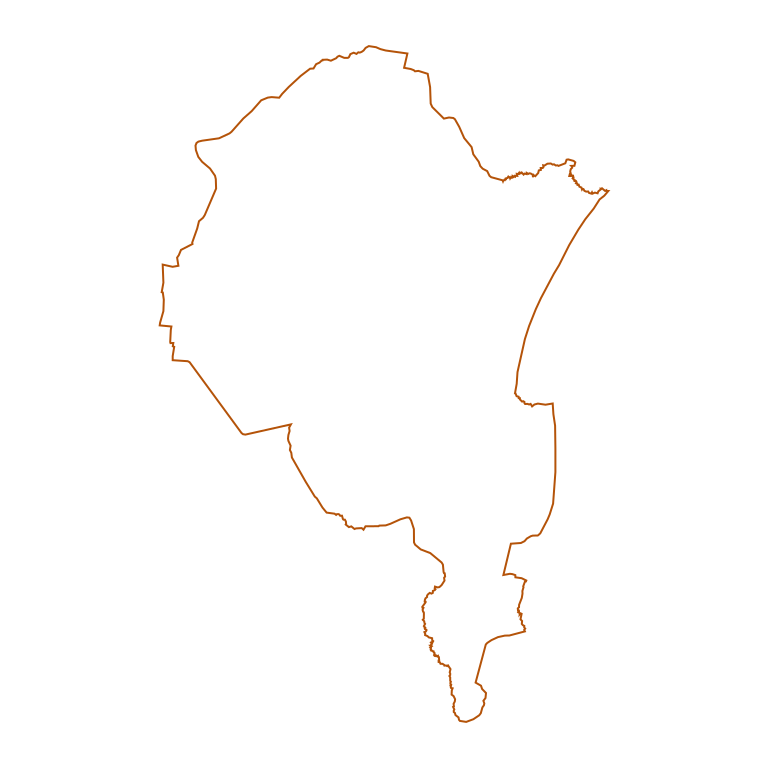 Tha Tako, Nakhon Sawan, Thailand
{"feature_id": "78962969B77286306001926", "entity_name": "Tha Tako", "entity_type": "district", "adm_level": 2, "iso_a3": "THA", "parent_name": "Thailand", "parent_adm1": "Nakhon Sawan", "projection": "natural_earth1", "projection_center": [100.504, 15.619], "detail": "fine", "context": "isolated", "style": "outline", "palette": "amber", "viewbox_px": 768, "rotation_deg": 0, "n_neighbors": 0, "source": "geoboundaries", "source_scale": "gbopen_adm2", "svg_char_len": 6086}
<svg xmlns="http://www.w3.org/2000/svg" viewBox="0 0 768 768"><path d="M162.7,264.6L163.4,282.7L161.7,292.2L162.8,292.5L163.8,299.7L163.4,311.1L160.1,322.7L159.7,325.4L171.4,326.5L170.8,329.9L170.2,342.1L170.5,343.1L173.3,343.0L172.8,346.3L174.2,346.8L172.7,356.1L172.7,360.2L187.7,361.2L189.6,362.2L241.5,433.0L243.0,434.2L245.4,434.6L290.9,424.4L289.1,427.7L289.6,431.0L288.4,435.0L288.0,438.7L288.4,440.9L290.6,445.7L289.9,450.0L291.3,452.8L291.9,457.5L305.7,481.8L314.8,496.6L316.8,498.3L322.5,507.6L326.6,512.6L334.6,513.7L336.1,514.9L336.8,514.2L338.4,514.1L339.3,514.5L340.2,515.8L342.0,515.7L342.9,519.0L343.5,519.7L344.9,519.7L345.9,521.5L346.1,523.7L345.7,524.5L348.9,527.1L351.3,526.4L354.5,529.0L356.1,528.4L361.7,528.1L363.5,529.7L365.5,526.3L378.6,526.2L379.3,525.6L385.7,525.4L390.4,523.8L400.4,519.3L406.9,517.4L409.4,517.7L411.1,520.5L413.9,529.1L414.0,542.4L415.1,544.7L420.7,549.4L430.3,553.1L441.6,562.5L442.9,564.6L443.6,572.0L444.0,573.1L444.7,573.3L445.1,576.5L444.1,577.8L444.5,580.6L441.6,585.1L439.4,587.1L437.5,587.4L435.0,586.6L434.7,588.4L435.5,589.2L434.8,590.1L432.9,590.9L432.8,592.9L431.5,593.6L429.7,592.9L427.7,594.6L427.0,595.9L427.1,597.0L425.5,598.3L424.9,599.8L424.7,601.5L425.6,601.7L425.6,602.3L422.3,606.8L422.4,607.6L423.4,607.9L422.6,609.8L423.1,611.7L423.8,612.3L423.9,613.9L423.8,618.7L422.8,619.8L424.2,621.2L424.5,623.1L425.1,623.9L423.9,626.1L425.1,627.5L424.6,627.8L424.9,629.0L426.4,629.7L426.5,630.3L425.8,631.5L424.4,632.1L425.2,633.7L425.1,635.1L427.5,636.1L428.8,637.4L432.1,638.2L432.2,640.2L433.2,641.1L432.6,642.2L432.1,641.9L430.9,642.5L431.9,643.9L431.0,644.8L431.6,645.8L430.4,645.8L431.2,646.7L431.0,647.6L430.4,647.7L430.9,648.4L430.7,649.5L431.2,649.7L431.1,650.5L433.6,651.4L433.5,652.0L434.6,653.1L434.3,654.1L434.7,654.4L434.1,655.2L434.6,655.9L435.7,656.1L436.4,655.6L437.1,656.3L438.0,655.8L438.3,657.0L438.9,657.2L439.2,660.7L438.6,660.7L438.6,662.0L439.8,662.3L440.5,663.8L442.5,663.8L444.2,664.9L444.4,665.6L446.1,665.5L447.1,666.1L448.0,665.4L450.5,669.1L449.7,672.4L450.2,673.4L450.2,675.0L449.4,676.0L450.2,677.3L450.2,680.8L450.9,681.8L450.3,683.0L450.5,684.1L451.1,684.5L450.5,685.5L451.0,685.8L450.7,687.0L451.1,688.0L452.6,688.3L451.8,690.4L451.6,694.6L453.6,696.1L455.1,699.2L454.8,701.5L453.6,703.8L453.9,706.4L453.1,706.9L454.3,709.4L453.7,710.8L453.8,712.1L454.9,712.9L455.5,715.1L458.5,717.4L459.0,719.8L459.9,720.9L466.2,721.9L473.4,719.2L479.2,715.3L480.8,713.2L482.4,707.4L483.9,705.3L484.3,703.4L483.4,700.8L485.5,698.0L486.0,693.0L482.1,689.0L481.0,685.7L475.6,682.6L485.8,644.5L487.3,642.9L491.5,640.1L498.0,637.1L504.9,635.6L509.4,635.5L524.9,631.4L524.2,629.9L525.2,628.6L524.2,627.4L524.3,625.9L522.9,625.2L521.8,623.9L522.1,621.0L520.5,619.3L521.6,613.8L520.5,613.3L519.7,614.3L519.8,613.1L518.4,612.4L519.0,611.8L519.0,610.8L518.7,610.3L518.0,610.5L517.8,608.4L519.0,607.3L519.1,604.8L521.8,597.9L522.5,593.6L522.4,591.0L523.5,587.2L523.2,586.4L524.9,581.7L525.9,581.5L526.3,580.5L521.6,578.2L515.4,577.3L515.3,575.1L512.3,574.1L509.9,573.8L503.4,575.0L510.9,543.7L520.9,543.0L524.5,541.2L526.9,538.5L530.8,536.2L532.8,535.6L537.8,535.5L538.7,534.8L540.3,533.3L547.7,519.2L549.7,514.4L553.1,503.6L555.4,472.1L555.4,448.4L555.1,425.7L553.4,414.2L552.7,403.5L545.5,404.7L537.9,403.6L534.4,404.5L532.1,406.4L530.6,403.9L529.1,404.5L527.6,403.9L525.1,404.0L524.4,403.0L524.4,401.9L523.2,401.2L522.1,401.6L519.9,399.4L519.9,398.2L518.7,398.1L518.6,396.7L516.6,396.2L515.5,393.4L515.0,393.3L516.7,383.8L517.5,372.1L524.9,339.1L529.1,326.0L535.8,309.2L540.9,298.2L553.9,273.7L559.1,265.1L569.2,245.1L578.3,229.7L585.3,219.2L593.7,208.6L599.6,199.4L604.3,195.7L608.3,191.0L606.2,190.9L606.2,190.3L605.1,190.9L602.0,188.3L601.4,188.9L600.6,188.7L600.7,189.4L598.3,191.4L597.6,193.3L594.9,192.6L592.6,193.6L592.0,192.3L591.3,193.6L589.0,192.9L588.2,191.5L586.1,191.6L584.4,190.8L583.5,189.1L582.5,188.8L582.0,189.5L581.4,187.5L579.4,186.7L578.7,184.7L577.5,184.9L577.3,183.8L576.0,183.3L576.6,182.3L576.1,181.1L575.4,180.6L575.2,181.2L574.4,181.0L574.3,180.0L573.4,179.3L573.5,178.4L572.8,178.2L573.8,176.6L573.3,176.9L573.1,175.9L572.4,176.2L571.8,175.3L570.9,176.0L569.3,176.0L569.9,173.7L570.8,173.8L570.2,171.3L570.8,169.1L572.2,167.7L572.1,166.7L571.3,165.9L574.4,165.8L575.3,162.3L573.6,160.9L568.2,159.4L566.6,159.7L565.3,163.3L558.5,165.9L557.5,165.3L555.8,165.5L554.0,164.3L552.6,164.6L550.8,163.5L547.4,163.7L544.4,165.6L543.2,165.3L543.4,167.2L542.7,168.0L540.7,168.0L540.9,169.9L538.8,170.4L538.2,173.0L535.3,176.2L534.2,175.5L533.6,176.0L533.3,175.1L532.8,175.6L532.7,174.7L530.7,173.5L529.4,173.3L528.3,173.9L526.7,172.9L526.6,174.1L524.5,173.6L523.6,174.6L521.7,172.5L520.8,173.4L520.1,173.4L519.8,172.8L519.5,173.4L519.0,173.1L518.8,174.0L516.8,173.8L517.3,175.9L515.1,175.7L515.0,176.7L514.1,176.3L513.7,176.9L512.9,176.3L513.0,177.2L512.3,177.6L511.8,177.1L511.5,177.8L510.5,177.8L510.2,178.3L509.9,177.1L509.2,177.5L508.3,176.6L507.4,178.0L505.8,178.4L505.9,179.2L505.0,179.2L504.8,178.6L504.8,180.2L503.4,180.3L503.0,181.3L502.6,180.3L491.2,177.2L489.5,175.8L487.2,171.1L482.7,168.7L480.3,166.1L478.7,161.7L473.3,154.3L471.6,147.1L464.2,138.1L459.2,126.8L454.9,119.2L453.3,118.0L449.0,117.5L443.9,118.6L432.3,107.1L430.7,103.6L430.1,87.1L427.7,73.8L418.4,70.9L415.0,71.3L413.8,70.2L410.7,69.0L404.1,67.8L407.4,53.5L385.7,50.5L380.4,49.1L376.0,47.2L368.8,46.1L365.6,47.9L363.6,50.5L361.6,51.9L359.8,52.6L358.3,52.3L356.5,53.9L353.7,52.7L350.4,54.1L348.9,57.2L347.8,57.9L344.3,57.9L339.3,55.8L337.5,56.7L336.2,58.2L330.9,60.7L327.2,59.6L322.7,59.8L322.6,60.4L321.6,60.6L319.5,62.6L316.1,64.2L313.5,68.5L310.1,68.7L300.7,75.9L288.8,86.9L282.2,93.8L279.2,97.7L271.6,97.1L267.8,97.6L261.2,100.3L251.7,111.1L243.3,118.5L231.5,131.8L229.5,133.4L219.0,138.3L202.1,140.7L198.4,141.6L196.5,143.0L195.5,145.6L195.9,150.1L198.3,156.9L202.1,161.8L210.0,168.5L215.0,175.7L215.8,179.1L216.1,188.6L204.8,215.0L203.0,217.8L199.0,221.2L197.2,228.5L192.2,242.6L192.5,244.0L181.0,249.9L178.8,255.2L177.1,257.6L178.4,265.8L172.6,266.8L162.7,264.6Z" fill="none" stroke="#b45309" stroke-width="2"/></svg>